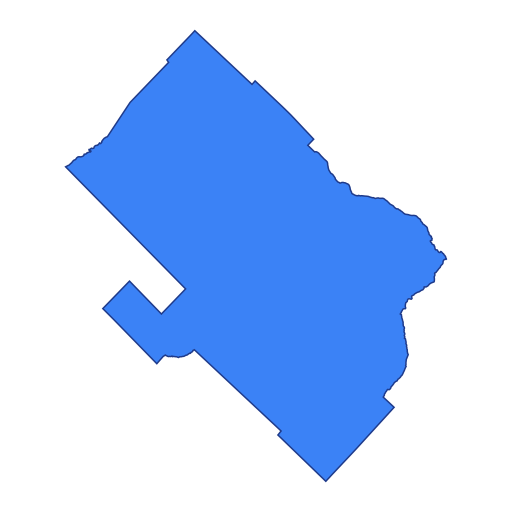 the district of Rojas, Buenos Aires, Argentina
{"feature_id": "61730980B83932941288797", "entity_name": "Rojas", "entity_type": "district", "adm_level": 2, "iso_a3": "ARG", "parent_name": "Argentina", "parent_adm1": "Buenos Aires", "projection": "natural_earth1", "projection_center": [-60.686, -34.196], "detail": "fine", "context": "isolated", "style": "filled", "palette": "blue", "viewbox_px": 512, "rotation_deg": 0, "n_neighbors": 0, "source": "geoboundaries", "source_scale": "gbopen_adm2", "svg_char_len": 6063}
<svg xmlns="http://www.w3.org/2000/svg" viewBox="0 0 512 512"><path d="M191.4,34.4L166.9,59.9L168.6,62.4L130.1,102.4L107.4,136.7L105.8,137.3L105.3,137.7L105.0,137.8L104.1,138.4L102.6,140.2L102.4,140.7L102.0,141.0L101.8,141.4L101.7,141.8L101.7,142.4L101.3,142.7L101.0,143.3L100.6,143.6L99.5,143.0L99.0,143.7L98.7,144.2L98.3,144.7L97.7,144.9L97.4,145.3L96.8,145.3L95.5,145.6L94.7,146.2L94.2,146.8L94.0,147.8L93.6,148.3L92.9,148.3L92.5,148.5L92.0,148.5L91.4,148.2L90.5,148.9L90.2,149.3L89.5,149.4L89.0,149.5L89.0,150.1L89.6,150.6L90.8,150.9L90.9,151.5L90.4,152.0L89.7,151.8L89.2,152.0L88.9,152.3L88.1,152.4L87.7,152.7L86.9,152.9L86.7,153.4L85.9,153.9L85.5,154.1L84.2,154.2L83.9,154.9L83.9,155.4L83.4,155.9L82.0,156.6L80.3,156.9L79.7,156.8L79.0,156.7L77.8,157.0L77.3,157.4L76.7,157.9L75.7,159.3L75.2,159.7L73.9,160.2L73.3,160.7L72.9,161.1L72.5,161.7L72.1,162.1L71.5,163.0L70.8,163.4L70.6,163.7L70.1,164.1L69.2,165.0L68.5,165.4L67.8,165.6L67.5,165.9L66.3,166.4L65.6,166.8L185.6,288.9L161.4,314.0L129.5,281.1L102.8,308.6L113.1,318.9L156.8,363.7L163.2,356.4L163.9,356.0L165.2,355.1L165.6,355.1L166.2,355.7L166.9,355.9L167.8,356.4L168.9,356.6L169.3,356.4L169.8,356.4L170.9,356.6L171.8,356.1L172.1,356.1L172.3,356.4L172.7,356.7L173.1,356.5L173.5,356.4L174.7,356.6L175.2,356.7L175.7,356.7L176.2,356.7L176.7,356.8L178.5,357.5L178.8,357.4L179.4,356.9L179.9,356.7L180.3,356.8L181.1,356.8L182.3,356.5L183.9,356.3L184.9,355.8L185.7,355.3L186.0,355.3L187.3,354.9L188.1,354.3L188.3,354.0L188.6,353.8L189.3,353.5L189.9,353.4L190.0,353.1L190.3,353.0L190.5,353.1L190.8,352.7L191.0,352.6L191.1,352.4L192.4,351.7L192.7,351.3L192.9,350.8L192.9,350.5L193.0,350.4L193.3,350.3L193.6,350.1L194.1,350.1L194.4,349.8L281.1,431.0L277.9,435.0L325.8,481.3L332.1,474.5L355.9,449.2L394.1,407.3L383.3,397.2L383.5,396.5L384.1,395.8L384.4,395.1L384.4,394.6L384.5,393.9L385.2,393.1L385.7,392.0L386.4,391.2L387.4,389.6L387.9,389.4L388.4,389.6L389.2,389.7L389.9,389.2L390.4,388.6L390.8,387.9L391.0,387.0L391.5,386.4L392.4,385.5L393.2,384.4L393.8,383.6L394.1,382.9L395.7,381.5L397.2,380.8L397.6,379.8L398.0,379.2L398.7,378.8L400.4,377.2L400.9,376.4L401.2,375.9L401.9,375.4L402.8,373.8L403.7,371.7L404.1,371.0L404.4,370.3L404.9,368.9L405.6,367.3L406.1,366.5L406.0,366.1L405.6,365.6L406.0,364.4L405.9,362.9L406.0,362.1L406.3,359.5L407.0,357.7L408.2,354.7L408.1,354.3L407.9,353.8L407.5,353.2L407.5,352.1L407.3,351.7L407.2,351.0L407.3,350.2L407.2,349.5L406.8,348.9L406.9,348.0L406.5,346.3L406.7,345.4L406.5,344.7L405.9,343.6L406.1,343.0L406.0,341.6L405.8,340.9L405.6,339.7L405.4,338.8L404.5,338.4L404.5,337.9L404.7,337.6L404.8,336.9L404.8,336.7L404.5,336.1L404.3,335.3L404.7,334.5L404.8,333.7L404.5,332.8L404.2,332.3L404.0,331.8L404.2,330.9L404.2,330.3L404.0,329.5L404.4,328.4L404.4,327.8L404.3,327.2L403.6,326.4L403.3,325.8L403.2,324.9L403.2,324.3L403.1,323.9L403.1,322.2L402.9,321.4L402.5,320.3L402.4,319.5L402.2,318.9L401.8,317.9L401.7,316.6L401.4,315.2L401.4,314.7L400.3,314.1L400.4,313.6L401.0,312.9L401.4,312.2L401.4,311.7L402.0,310.9L402.6,309.7L403.3,308.9L404.0,308.7L405.3,308.7L405.7,308.1L405.6,307.4L405.3,306.6L405.3,305.8L405.4,304.5L405.8,302.7L407.2,301.5L407.6,299.7L408.1,299.1L408.6,298.8L409.7,298.8L410.3,299.0L411.3,299.2L412.0,298.6L411.9,297.9L411.6,296.8L411.7,296.2L412.3,295.6L413.8,295.0L414.2,294.4L414.5,294.0L417.2,292.4L419.4,291.7L421.2,290.4L422.8,289.8L424.0,288.3L424.1,287.1L424.2,286.9L425.4,286.9L425.9,287.0L427.3,286.3L427.9,285.9L429.1,284.5L429.7,283.9L431.5,282.8L432.0,282.7L432.8,282.3L433.6,282.1L434.1,281.8L434.3,281.2L434.4,279.6L434.4,278.6L434.2,277.2L434.3,276.5L434.7,275.8L434.9,275.0L434.8,274.0L434.6,273.6L434.7,273.1L435.6,272.6L435.9,272.5L436.2,272.2L436.5,271.6L436.9,271.2L437.3,270.8L438.8,268.7L439.4,268.1L439.8,267.7L440.2,267.3L440.6,266.2L440.9,265.7L441.6,264.9L442.2,264.4L442.6,263.9L442.9,263.3L443.0,262.7L443.1,261.4L443.3,260.9L443.5,260.4L444.3,259.6L444.8,259.4L445.2,259.3L446.0,259.4L446.4,259.1L446.3,258.7L445.9,258.1L445.7,257.0L445.3,256.2L444.6,255.3L444.0,254.7L443.8,254.2L443.3,253.6L442.7,253.3L442.0,252.4L441.3,251.7L440.8,251.5L440.4,251.9L440.3,252.3L439.9,252.5L439.2,252.5L438.5,252.0L438.0,251.3L437.8,251.0L437.4,250.1L436.9,249.9L435.7,249.8L435.2,249.2L434.8,247.6L434.8,247.0L434.5,246.2L434.1,245.9L434.1,245.4L434.0,245.0L432.9,244.5L432.5,244.4L432.0,243.9L431.5,242.8L431.3,242.6L430.8,242.3L430.7,241.9L430.4,241.5L430.4,241.0L430.5,240.6L431.7,240.4L432.0,240.0L431.9,239.4L432.1,238.3L431.3,237.7L431.4,236.8L431.3,236.3L430.6,236.1L430.3,235.7L430.1,235.3L429.3,234.7L429.0,234.0L429.0,233.1L428.6,232.3L427.7,230.5L427.6,229.5L427.2,227.7L426.6,226.8L425.1,225.6L424.2,224.8L422.7,223.8L422.2,222.6L420.8,221.1L420.6,220.1L420.1,219.2L418.2,217.9L417.4,217.0L416.3,216.0L415.5,215.7L414.5,215.5L413.2,215.4L412.1,215.5L411.1,215.4L409.6,215.1L408.6,214.7L406.9,214.4L405.8,214.3L404.9,214.0L403.7,213.2L402.6,212.2L401.8,211.5L400.9,211.0L400.3,210.3L399.7,210.2L398.0,208.9L396.8,208.9L395.5,208.3L394.7,207.5L394.3,207.2L393.4,206.0L392.5,205.4L390.2,204.2L386.6,200.6L385.7,200.2L384.5,199.1L383.6,198.5L382.0,198.2L381.1,198.4L380.3,198.3L379.3,198.3L378.2,197.9L376.8,198.1L375.2,198.5L373.6,197.7L372.3,197.7L369.6,196.9L368.3,196.4L366.7,196.2L365.2,196.1L362.5,195.8L361.1,195.7L360.4,195.9L358.6,195.4L358.1,195.8L357.6,195.8L357.1,195.6L356.4,195.7L354.5,195.0L353.3,194.2L352.4,193.9L351.7,193.1L351.5,192.1L351.1,191.5L350.9,190.9L350.2,189.2L350.1,188.1L349.7,186.7L349.0,185.0L347.9,184.0L346.7,183.6L345.8,183.1L345.0,182.8L343.9,182.7L343.1,182.4L341.7,182.5L340.8,182.9L340.0,183.1L339.2,182.5L338.1,182.1L337.4,181.5L336.1,180.0L335.7,179.6L335.3,179.1L335.3,178.4L334.9,177.6L333.1,175.0L332.5,174.3L331.3,173.5L330.9,173.4L329.0,170.3L328.6,169.3L328.2,167.7L328.0,166.2L327.7,165.0L327.6,163.4L327.3,162.1L326.6,161.2L324.0,158.9L322.6,157.4L321.2,156.0L318.8,153.2L317.7,152.4L316.9,152.0L316.0,151.7L315.2,151.8L314.6,151.9L307.8,145.3L313.7,139.2L290.8,114.9L282.6,106.9L255.1,80.9L252.0,84.4L194.8,30.7L191.4,34.4Z" fill="#3b82f6" stroke="#1e3a8a" stroke-width="1.5"/></svg>